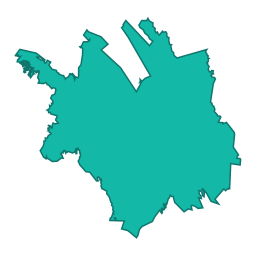 the district of San Miguel Soyaltepec, Oaxaca, Mexico
{"feature_id": "50627088B40621475737534", "entity_name": "San Miguel Soyaltepec", "entity_type": "district", "adm_level": 2, "iso_a3": "MEX", "parent_name": "Mexico", "parent_adm1": "Oaxaca", "projection": "equal_earth", "projection_center": [-96.489, 18.251], "detail": "fine", "context": "isolated", "style": "filled", "palette": "teal", "viewbox_px": 256, "rotation_deg": 0, "n_neighbors": 0, "source": "geoboundaries", "source_scale": "gbopen_adm2", "svg_char_len": 5562}
<svg xmlns="http://www.w3.org/2000/svg" viewBox="0 0 256 256"><path d="M19.8,49.4L15.4,55.5L15.8,55.8L16.7,54.1L17.0,55.8L17.9,56.3L18.2,55.2L19.4,56.7L20.5,56.4L17.9,59.8L17.8,59.2L17.2,61.8L21.1,62.2L20.0,63.1L22.3,64.6L22.8,66.5L23.6,66.1L23.1,65.5L23.6,64.0L21.7,64.0L22.0,62.7L22.1,63.5L23.7,62.8L21.5,61.1L24.9,62.0L23.1,60.3L26.1,61.5L26.3,62.7L27.4,62.2L26.7,61.2L28.4,61.7L29.4,63.2L28.0,63.9L27.9,62.5L27.3,64.3L26.9,63.8L26.1,64.6L26.3,63.9L25.6,63.1L25.2,64.8L24.7,64.2L24.3,65.5L25.3,65.6L25.2,66.7L25.5,65.8L28.0,65.3L26.8,66.1L27.3,66.2L26.7,67.1L27.4,67.1L26.8,67.6L27.2,68.9L26.4,68.5L26.2,69.9L26.0,69.0L25.3,69.3L25.6,67.7L24.8,69.0L25.0,69.8L24.3,68.9L24.5,67.9L23.7,68.3L24.3,69.4L23.7,72.0L24.3,72.2L24.3,70.2L24.8,70.8L26.1,70.2L24.9,71.5L24.8,72.6L25.6,72.4L25.5,71.0L26.3,70.3L27.4,70.3L27.4,69.2L28.6,69.8L29.1,67.9L28.0,67.8L27.8,66.9L28.0,65.6L29.2,64.6L29.7,64.7L28.7,65.5L28.5,67.3L29.1,67.1L29.1,66.2L33.8,68.1L33.7,69.3L33.6,68.5L32.8,68.4L32.7,70.6L31.9,67.5L30.2,67.8L31.9,68.7L31.8,69.4L30.7,68.9L30.4,69.8L30.8,69.1L32.2,70.5L31.2,70.8L31.4,71.7L29.8,70.4L29.7,71.2L30.9,72.4L30.1,73.3L29.4,72.3L29.3,73.2L28.0,73.3L28.9,73.3L28.9,74.2L28.2,74.5L28.6,75.6L29.2,75.5L29.0,74.2L30.2,73.8L30.1,75.1L30.8,76.0L30.0,76.9L30.5,77.8L33.3,74.1L34.3,73.9L33.5,73.3L33.5,71.2L35.1,71.3L34.9,71.8L36.5,72.7L37.0,71.2L37.8,72.0L38.5,70.7L39.1,71.0L39.0,72.8L37.7,77.3L39.3,80.8L38.2,83.1L43.5,83.6L46.0,82.4L47.3,84.7L48.7,85.1L51.8,88.7L52.8,87.7L55.0,88.2L55.9,89.4L54.9,94.1L51.9,95.4L50.7,98.2L52.7,100.8L53.0,103.1L51.5,103.2L52.0,104.4L50.9,105.9L49.6,105.3L49.8,107.4L49.1,108.9L47.2,110.0L48.0,110.2L48.7,112.7L50.2,112.4L50.9,114.0L56.8,115.6L57.1,117.5L56.1,118.3L55.7,120.1L58.3,123.1L54.9,123.9L53.1,123.0L52.4,124.6L52.2,128.0L51.3,128.0L50.5,125.9L47.9,125.2L50.0,126.9L49.5,127.8L48.0,128.0L47.9,128.6L48.7,128.3L48.3,129.0L49.0,129.9L48.2,130.7L48.8,130.7L49.5,132.5L50.5,132.6L51.1,134.0L48.4,135.5L47.1,138.1L45.3,138.0L45.5,140.7L43.8,141.2L44.1,143.4L42.8,146.8L40.2,150.7L43.5,157.0L45.9,158.7L46.5,156.6L47.0,158.6L48.0,158.6L52.3,161.5L57.2,161.2L61.2,158.1L63.1,158.3L61.7,154.7L60.8,154.1L61.9,152.3L63.0,153.0L63.7,150.5L64.3,150.3L65.8,153.2L66.4,151.6L67.3,152.2L68.4,151.5L72.6,153.0L74.6,152.1L75.6,150.3L76.0,153.7L76.8,153.6L76.8,150.8L75.7,149.1L76.3,148.5L77.9,149.6L78.0,147.8L78.6,149.9L79.6,150.4L79.8,153.0L80.3,153.1L80.4,156.3L79.6,157.0L79.5,158.9L78.2,161.1L80.0,165.1L85.9,171.7L89.8,172.2L96.5,180.9L98.1,180.9L97.3,177.4L98.3,176.9L99.7,178.1L100.1,180.1L100.6,179.8L100.4,179.0L101.2,179.1L101.5,180.2L100.8,182.3L101.5,184.8L101.0,186.0L101.9,188.6L106.8,191.1L106.8,193.9L109.1,196.6L111.0,202.4L111.9,203.0L111.6,205.1L113.2,207.6L112.7,209.5L112.5,209.0L113.3,211.0L113.9,211.6L113.3,212.3L112.8,211.7L113.5,213.8L112.9,213.5L111.3,217.6L110.3,218.1L109.8,220.5L114.9,220.6L115.2,219.2L114.5,217.9L115.6,217.8L115.9,220.7L124.3,220.9L121.6,228.9L127.9,230.6L136.5,237.7L137.9,235.4L139.4,229.6L140.4,228.2L142.4,226.3L152.4,221.4L154.8,216.7L159.6,210.3L161.8,213.4L162.4,212.5L161.6,210.9L162.3,210.6L161.3,209.1L161.8,208.1L162.6,208.3L162.5,209.8L163.3,209.7L163.3,209.0L164.2,209.5L165.2,207.9L164.4,208.1L164.6,207.2L165.1,206.5L165.9,207.0L165.8,205.7L164.2,206.0L163.3,204.6L163.8,203.8L164.7,205.0L164.9,204.3L166.3,204.6L166.3,203.6L166.9,203.8L168.2,199.0L169.7,197.2L170.2,195.3L171.9,196.5L173.2,196.5L174.7,202.3L184.1,211.8L188.2,208.9L192.0,209.9L191.2,206.0L192.0,205.3L194.9,206.2L198.0,208.4L202.8,207.8L198.6,197.7L201.4,198.5L200.8,196.1L199.2,193.7L198.9,190.6L200.6,191.0L202.0,192.5L202.4,195.7L204.0,196.8L204.4,193.0L203.3,190.5L201.9,189.4L202.7,188.8L206.5,193.1L211.0,201.3L218.6,204.0L215.0,199.2L223.8,188.9L225.6,190.7L227.4,189.0L228.2,188.8L228.4,189.6L228.6,188.3L229.6,188.7L230.7,163.6L240.1,165.0L240.6,159.5L240.1,158.6L236.9,158.3L237.1,156.6L238.5,154.9L233.3,147.1L234.6,134.5L234.1,132.2L226.4,122.4L222.9,123.8L222.9,122.7L218.3,122.3L220.8,117.1L220.0,116.1L217.5,115.9L217.2,114.6L214.2,111.5L214.9,109.5L213.8,106.3L212.4,105.6L211.9,103.2L210.5,102.1L213.3,83.7L215.4,78.9L214.5,77.5L212.3,77.3L210.9,75.7L211.9,74.9L211.4,73.8L213.4,73.9L212.9,72.1L213.3,70.8L211.7,70.5L210.9,71.8L209.4,71.9L208.2,69.1L209.1,66.5L207.6,64.6L207.6,62.9L206.8,62.7L208.3,61.2L208.3,59.0L209.0,58.5L207.8,57.9L208.1,55.7L206.9,55.1L207.0,54.1L205.5,51.7L206.8,49.5L177.1,58.0L174.5,55.9L173.7,54.6L173.6,52.6L171.9,51.2L170.7,45.6L171.5,44.8L169.6,44.3L168.8,40.9L168.9,37.6L166.9,36.7L166.8,33.3L165.8,31.8L163.3,32.2L162.6,31.2L159.3,35.0L158.1,33.9L157.4,32.0L155.9,32.7L154.9,30.4L155.2,28.4L152.8,26.4L153.0,22.9L149.5,21.2L147.9,18.3L146.6,20.6L141.8,20.5L138.9,25.1L140.0,27.5L143.3,29.9L144.9,33.2L148.0,35.7L149.7,38.9L152.8,41.2L149.6,45.7L125.8,20.5L123.1,24.6L123.6,25.7L121.6,27.6L128.3,37.4L150.6,76.0L145.2,78.3L142.0,81.3L140.2,79.4L140.4,81.1L139.7,82.5L140.8,82.2L141.0,83.1L136.4,91.8L120.6,67.8L101.2,49.9L108.0,44.2L101.1,36.8L88.5,31.8L86.9,29.9L83.6,35.1L88.5,40.4L89.7,39.3L89.7,40.3L88.1,41.7L83.4,41.9L81.4,46.3L79.8,46.7L80.6,47.7L81.7,47.4L82.7,48.9L82.5,55.0L81.0,64.7L78.6,67.8L78.6,76.3L77.8,77.8L75.5,76.8L74.7,79.7L73.8,76.6L74.5,76.0L73.1,74.3L72.8,74.9L72.4,73.7L71.1,74.6L70.8,73.8L69.9,73.7L68.8,76.3L65.4,79.0L65.5,78.2L64.3,77.3L63.6,75.5L62.3,75.6L58.6,73.9L58.8,73.3L56.8,72.0L56.4,70.4L52.2,69.3L48.9,65.0L50.7,62.1L47.3,60.3L46.2,62.6L44.8,63.1L43.6,60.4L40.8,59.8L37.1,57.7L36.3,56.3L37.7,57.2L39.8,57.0L43.4,59.2L44.4,61.6L44.9,59.9L36.2,53.1L19.8,49.4Z" fill="#14b8a6" stroke="#0f766e" stroke-width="1.5"/></svg>